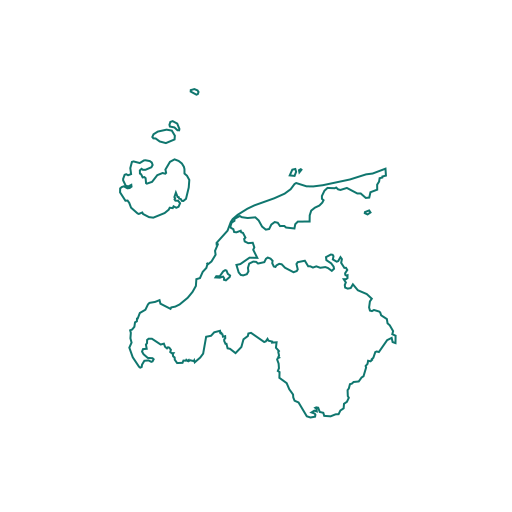 Takalar, Sulawesi Selatan, Indonesia (orthographic projection), rotated 66°
{"feature_id": "22746128B33549586615312", "entity_name": "Takalar", "entity_type": "district", "adm_level": 2, "iso_a3": "IDN", "parent_name": "Indonesia", "parent_adm1": "Sulawesi Selatan", "projection": "orthographic", "projection_center": [119.453, -5.411], "detail": "fine", "context": "isolated", "style": "outline", "palette": "teal", "viewbox_px": 512, "rotation_deg": 66, "n_neighbors": 0, "source": "geoboundaries", "source_scale": "gbopen_adm2", "svg_char_len": 6163}
<svg xmlns="http://www.w3.org/2000/svg" viewBox="0 0 512 512"><g transform="rotate(66 256 256)"><path d="M244.7,118.3L240.1,116.3L238.1,113.3L235.2,111.4L235.7,108.7L234.8,108.2L235.4,104.6L228.9,102.2L228.1,115.9L226.2,122.2L224.3,139.1L218.5,166.2L215.7,175.5L212.9,181.5L205.7,189.6L205.9,191.5L209.1,197.2L210.7,204.5L210.7,215.9L209.1,236.8L209.3,244.6L210.9,256.0L212.8,262.3L214.6,265.1L221.3,271.7L228.0,286.7L228.8,287.0L228.6,286.2L229.8,286.1L234.6,291.3L238.4,292.4L242.9,298.9L244.0,303.1L242.2,303.8L243.6,303.6L246.7,306.2L248.8,311.1L253.4,316.2L252.9,319.9L258.9,323.1L263.0,328.6L266.4,335.4L269.2,345.5L269.4,350.3L268.5,354.3L269.5,355.6L260.7,362.7L257.1,362.1L256.9,366.9L255.5,372.4L256.3,374.4L260.1,378.9L260.8,385.3L265.0,389.5L264.8,390.2L267.2,391.4L267.4,393.5L271.2,395.9L272.8,399.1L272.7,401.2L275.3,401.6L280.1,404.2L284.5,404.9L288.2,409.0L298.4,409.8L309.6,407.9L310.9,407.2L310.9,405.6L308.9,404.3L306.3,400.6L307.7,396.6L310.1,394.7L310.2,393.4L308.7,391.5L307.3,392.1L305.1,396.3L300.0,398.7L297.0,399.0L295.1,397.1L296.3,393.6L292.2,392.6L291.3,391.0L288.4,389.6L287.9,387.7L289.3,384.7L298.1,379.1L298.6,375.8L301.9,376.0L304.2,374.9L303.6,373.5L304.5,372.5L307.1,371.9L308.8,373.4L310.4,372.6L311.2,370.9L311.9,372.0L314.0,372.5L315.6,371.6L317.7,372.4L321.7,371.6L323.7,366.6L322.0,364.8L323.1,362.7L322.5,361.9L324.0,361.2L323.7,359.9L324.6,360.1L324.5,358.5L326.7,355.6L326.2,354.9L328.2,355.2L326.1,348.3L323.7,344.0L309.5,334.4L310.6,329.5L308.7,325.2L309.7,319.3L311.1,319.8L311.8,319.1L312.3,319.8L313.8,318.5L316.3,319.0L316.7,316.8L318.6,317.5L319.3,319.0L320.7,319.6L323.8,319.6L324.2,318.7L328.8,319.5L330.2,317.5L336.4,314.2L333.2,306.4L327.0,301.3L325.8,296.0L323.7,294.5L324.2,291.8L337.9,283.5L338.0,281.8L336.4,279.2L338.4,279.1L340.8,276.0L341.7,276.5L343.2,272.3L347.9,275.1L352.2,273.7L352.7,274.7L356.2,275.4L357.1,276.4L358.2,276.1L358.2,277.7L359.2,278.8L363.5,279.1L367.9,280.7L369.9,282.8L371.6,281.7L376.8,284.2L384.6,279.7L391.3,279.8L397.6,278.5L400.4,279.5L403.9,279.6L407.1,276.7L423.1,274.8L425.7,271.9L426.8,267.4L425.2,266.3L423.8,266.5L421.5,268.9L421.0,265.6L422.7,263.7L420.2,262.9L418.8,263.6L418.8,262.5L419.9,260.9L424.4,261.2L426.6,258.3L429.8,258.7L432.8,253.1L433.0,247.7L434.1,244.9L431.5,241.8L430.8,237.9L426.8,235.7L426.2,232.3L423.3,228.9L421.3,229.1L415.8,226.9L414.8,225.1L411.3,222.3L411.6,220.4L410.8,218.1L412.4,213.2L409.9,208.9L409.6,206.7L402.7,200.8L401.1,200.6L399.9,198.0L397.3,196.2L398.8,194.2L398.1,192.2L397.4,192.3L396.7,190.2L392.3,186.1L392.3,184.6L393.7,182.8L386.2,170.4L386.0,165.4L390.2,166.2L392.3,164.0L385.6,160.9L382.9,163.3L380.4,161.3L373.7,162.0L371.0,163.2L366.8,162.1L361.1,165.8L358.1,165.5L356.8,166.1L353.3,170.2L353.5,172.5L352.2,174.1L349.0,173.6L343.8,170.4L342.1,167.6L335.8,170.3L328.7,176.9L321.3,179.0L323.8,182.5L323.1,185.5L321.1,187.4L318.6,186.7L316.7,184.7L312.9,185.3L313.8,183.1L313.4,181.4L310.8,180.2L310.7,181.4L309.5,182.1L308.0,181.6L305.9,178.3L303.4,178.6L302.8,180.1L296.9,181.0L293.8,178.8L291.4,179.3L294.1,183.0L294.0,184.6L290.4,187.2L287.7,185.3L286.1,185.5L285.1,187.0L285.5,192.5L288.4,193.4L293.3,190.3L297.3,189.4L299.4,189.9L300.4,192.8L296.2,195.2L294.3,197.2L292.9,202.1L290.0,205.1L289.7,208.7L287.5,210.6L286.6,212.5L280.2,213.3L278.6,220.4L279.8,222.3L285.2,223.3L286.3,224.9L286.1,228.3L278.5,234.3L274.0,235.9L272.6,238.0L272.9,241.1L273.9,242.7L272.8,244.0L269.2,244.1L267.1,242.8L264.3,243.8L262.2,245.9L262.6,248.0L265.0,250.9L263.7,257.2L261.4,258.3L260.0,260.8L260.2,265.3L263.6,268.2L267.0,269.2L268.9,271.8L268.5,275.6L267.1,277.6L263.9,278.5L256.2,277.5L257.0,273.6L254.9,262.6L258.2,255.6L249.2,256.0L247.4,254.0L242.6,253.6L241.1,257.9L238.1,260.4L235.6,259.9L234.9,258.2L229.6,258.5L228.3,259.9L226.7,259.7L226.4,264.3L225.2,266.2L222.3,265.8L220.2,267.4L218.6,267.4L215.6,264.7L215.1,261.4L213.3,260.6L212.9,254.5L214.7,253.3L217.9,248.2L220.4,240.9L224.6,239.1L231.6,238.5L235.9,236.3L236.7,233.0L233.5,229.2L232.6,225.1L234.5,222.6L238.4,221.9L240.1,217.9L242.2,217.0L246.5,209.7L242.9,207.2L241.6,203.8L246.3,193.0L240.7,190.4L237.0,187.1L235.8,182.5L235.7,177.6L234.2,173.7L232.5,171.6L230.6,172.5L228.0,171.4L224.2,166.9L222.9,163.0L226.1,156.6L226.1,154.9L228.5,153.9L230.0,152.0L230.8,145.3L240.1,138.0L241.5,134.9L247.6,132.1L248.7,128.8L244.3,125.5L244.7,118.3ZM264.5,288.6L266.0,293.4L264.7,294.9L263.4,294.1L261.4,294.5L261.1,297.8L259.1,301.7L258.3,300.5L259.8,297.4L256.7,292.2L256.4,289.9L257.3,288.9L260.8,289.0L263.3,287.6L264.5,288.6ZM151.6,287.8L147.5,286.0L145.2,285.6L141.3,286.1L137.7,288.0L134.6,291.1L135.0,296.3L140.2,303.6L143.5,304.3L143.9,305.4L142.2,307.6L142.0,313.3L146.0,320.8L145.5,326.3L144.7,326.8L140.0,325.2L138.5,325.9L138.1,327.6L134.6,327.7L133.5,328.5L130.6,327.3L129.8,325.1L131.2,324.3L132.3,321.9L132.4,315.5L130.8,313.4L128.2,313.2L126.1,314.4L123.6,318.0L123.1,319.5L123.8,324.4L119.8,329.4L119.6,331.1L124.6,335.1L130.4,336.8L130.2,340.0L128.5,341.3L128.4,343.0L131.5,346.0L132.9,346.6L138.9,346.4L140.5,344.3L140.3,341.0L142.0,341.5L142.5,343.8L141.9,345.9L138.6,348.4L138.4,350.6L139.0,352.6L142.6,354.3L152.4,352.8L153.1,350.8L155.9,350.2L161.0,350.5L168.9,346.9L169.9,346.0L170.0,342.2L171.7,342.1L177.0,337.9L179.2,334.2L179.6,322.0L178.2,316.9L176.8,315.2L178.4,312.6L177.1,311.1L179.5,309.2L179.5,306.7L176.9,303.9L173.8,304.7L172.7,307.1L171.2,307.4L170.3,306.4L169.0,306.6L165.5,303.4L170.2,303.6L170.7,302.7L172.3,302.8L173.5,301.5L175.5,301.3L176.2,300.0L175.3,296.7L166.1,289.6L159.4,286.0L154.6,286.4L151.6,287.8ZM113.1,281.2L107.2,281.9L104.2,286.3L102.4,295.1L103.1,300.1L105.1,302.3L106.8,301.9L107.8,299.9L112.2,297.4L116.2,292.4L116.4,283.0L113.1,281.2ZM108.8,274.3L103.0,274.1L98.9,277.3L98.7,279.7L100.9,281.7L102.7,282.0L105.4,278.2L109.2,276.6L109.9,275.1L108.8,274.3ZM196.1,192.4L198.5,188.2L195.4,185.1L192.5,184.7L191.9,187.7L196.1,192.4ZM79.2,248.8L84.4,244.8L84.4,243.3L82.8,241.8L80.9,242.1L78.4,244.5L77.9,248.1L79.2,248.8ZM261.1,139.2L263.4,137.2L262.8,133.7L260.4,134.1L260.2,138.6L261.1,139.2ZM197.2,182.3L195.7,179.4L194.9,179.8L195.1,181.8L197.2,182.3Z" fill="none" stroke="#0f766e" stroke-width="2"/></g></svg>